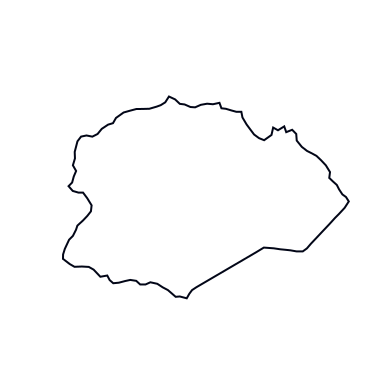 Tremembé, São Paulo, Brazil (Albers equal-area conic projection), rotated 340°
{"feature_id": "56859067B32139697780828", "entity_name": "Tremembé", "entity_type": "district", "adm_level": 2, "iso_a3": "BRA", "parent_name": "Brazil", "parent_adm1": "São Paulo", "projection": "albers", "projection_center": [-45.606, -22.938], "detail": "fine", "context": "isolated", "style": "outline", "palette": "ink", "viewbox_px": 384, "rotation_deg": 340, "n_neighbors": 0, "source": "geoboundaries", "source_scale": "gbopen_adm2", "svg_char_len": 1632}
<svg xmlns="http://www.w3.org/2000/svg" viewBox="0 0 384 384"><g transform="rotate(340 192 192)"><path d="M47.9,210.7L52.4,217.8L56.0,222.1L63.1,224.4L69.4,227.1L73.0,231.3L76.9,240.3L83.8,241.5L84.5,246.6L86.8,250.8L92.2,252.2L98.7,252.8L103.9,253.5L109.2,256.4L111.7,261.2L116.7,263.0L122.0,262.6L128.0,266.4L131.9,271.6L135.8,275.9L138.7,281.1L140.8,284.9L144.8,286.0L150.7,290.1L154.7,286.7L158.5,284.2L163.5,283.0L232.5,270.4L240.5,268.8L249.6,272.9L255.3,276.0L259.9,278.2L264.6,280.5L269.8,283.5L275.8,285.7L280.7,284.3L286.0,281.3L291.8,278.4L299.9,274.3L310.3,269.1L317.5,265.3L322.4,263.0L330.0,259.1L336.1,254.5L335.0,249.4L332.5,245.7L331.1,239.8L330.5,234.9L328.0,230.2L325.8,225.7L328.5,220.5L326.9,212.7L324.1,206.2L321.3,200.6L317.3,196.1L314.1,192.7L310.6,187.1L308.0,179.5L309.8,173.1L307.4,167.8L301.0,168.0L301.1,161.9L293.9,163.4L290.3,159.2L286.2,165.6L277.5,168.0L273.4,164.3L270.0,159.2L268.3,153.6L266.4,147.2L264.9,139.2L265.8,133.5L261.1,131.8L257.0,128.9L252.3,125.4L248.3,123.4L248.3,117.6L241.7,116.7L236.4,114.2L230.1,113.1L223.9,113.5L219.6,111.6L215.0,107.2L210.7,105.0L207.8,99.2L203.0,94.4L197.5,98.6L192.3,99.7L188.0,99.7L180.4,99.2L173.5,96.9L168.2,95.0L161.6,94.4L154.9,93.9L145.9,96.4L141.3,100.3L136.2,100.0L128.8,101.8L123.1,105.2L117.3,105.9L112.2,102.8L106.7,102.0L101.7,105.2L95.5,114.2L93.5,120.4L89.2,126.2L90.3,132.6L86.2,137.0L82.6,142.1L78.0,144.3L80.3,150.2L85.2,153.8L89.4,155.3L91.4,161.9L93.1,170.2L90.4,175.6L85.4,178.7L80.0,181.4L72.8,184.4L70.1,187.8L65.1,192.5L60.2,194.8L56.4,198.6L53.0,202.0L49.5,206.6L47.9,210.7Z" fill="none" stroke="#020617" stroke-width="2"/></g></svg>